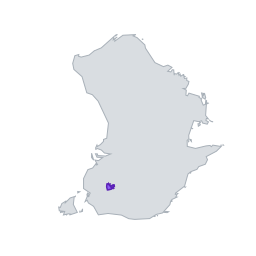 location of Hay, New South Wales, Australia, rotated 75°
{"feature_id": "25037944B78300731498703", "entity_name": "Hay", "entity_type": "district", "adm_level": 2, "iso_a3": "AUS", "parent_name": "Australia", "parent_adm1": "New South Wales", "projection": "mercator", "projection_center": [144.56, -34.157], "detail": "fine", "context": "in_parent", "style": "filled", "palette": "violet", "viewbox_px": 256, "rotation_deg": 75, "n_neighbors": 0, "source": "geoboundaries", "source_scale": "gbopen_adm2", "svg_char_len": 4851}
<svg xmlns="http://www.w3.org/2000/svg" viewBox="0 0 256 256"><g transform="rotate(75 128 128)"><path d="M173.3,48.6L175.9,59.9L179.2,59.4L183.0,62.7L183.6,69.7L185.8,72.1L186.4,78.6L188.0,82.0L198.8,88.4L203.2,99.0L204.4,99.5L204.6,97.6L207.0,99.6L207.4,98.6L208.4,104.0L209.8,105.7L212.9,107.4L219.0,116.7L218.8,123.0L221.1,130.6L218.0,145.2L215.8,150.7L210.4,156.9L205.4,169.4L204.2,179.1L194.8,181.5L190.1,185.7L187.2,186.1L188.0,188.5L183.5,185.0L184.1,184.1L183.8,183.3L183.0,183.2L181.5,184.8L180.3,183.8L182.2,182.4L181.1,181.3L175.0,186.6L165.3,184.0L157.8,177.5L157.5,172.5L154.0,168.0L155.5,168.2L155.5,166.9L150.4,168.2L151.9,164.9L150.0,160.1L148.2,165.5L144.5,166.1L145.1,164.3L146.8,164.3L149.3,156.9L148.6,151.4L146.1,157.2L142.4,159.4L139.9,162.9L140.3,164.6L138.8,164.4L136.4,162.4L137.9,162.4L136.9,159.0L134.6,155.1L132.7,154.6L132.4,151.2L118.2,145.6L94.3,149.9L86.6,153.8L83.3,158.7L66.5,159.1L57.4,165.1L51.3,164.7L44.4,160.6L44.3,156.5L46.0,157.2L47.4,154.8L47.5,146.6L44.7,140.6L43.7,133.1L36.0,117.8L39.0,119.4L37.2,114.8L38.5,117.5L40.7,118.3L37.1,108.9L39.8,96.2L40.4,99.2L43.0,95.9L52.1,90.2L55.3,90.5L71.8,85.1L77.9,77.9L77.6,73.2L80.8,69.8L83.5,75.0L84.9,72.1L83.2,70.1L83.7,68.8L89.0,69.7L87.4,69.2L88.5,67.1L87.5,65.3L90.4,65.1L89.4,63.7L91.7,63.6L90.9,61.6L93.0,59.5L93.1,60.8L94.8,60.6L94.9,58.2L97.3,59.0L98.8,57.1L101.3,58.4L104.7,61.8L104.1,64.5L106.5,61.9L111.3,63.6L112.3,62.2L110.1,60.1L115.8,50.9L116.9,51.5L118.9,49.2L119.6,50.2L125.4,49.4L125.2,47.2L121.3,45.6L122.0,45.0L136.0,49.8L140.1,48.0L139.1,49.8L140.8,50.8L142.9,48.7L144.8,50.5L142.6,54.6L140.1,55.0L140.2,58.0L137.9,62.6L150.7,71.2L154.2,72.0L155.3,74.1L161.1,75.5L165.2,68.1L165.5,57.3L166.1,53.3L167.6,52.3L166.5,50.5L170.0,42.8L173.3,48.6ZM180.4,197.7L187.7,200.6L196.4,198.8L196.9,207.1L196.4,205.6L195.5,207.4L195.3,212.9L192.2,210.7L190.2,215.8L186.4,215.4L187.2,213.9L183.9,211.5L182.6,207.2L184.0,207.9L180.6,202.0L180.4,197.7ZM114.7,45.1L118.8,45.1L120.0,46.2L117.3,48.5L114.7,45.1ZM142.9,169.7L150.2,169.5L147.1,170.8L142.9,169.7ZM143.7,57.3L144.5,59.6L142.0,59.3L142.4,57.6L143.7,57.3ZM218.6,115.6L218.4,112.8L219.4,110.4L219.9,112.1L218.6,115.6ZM194.3,192.8L196.7,193.5L196.8,194.7L194.3,192.8ZM114.3,45.8L115.8,48.0L113.2,47.9L114.3,45.8ZM177.7,193.3L176.3,193.0L177.1,191.1L177.7,193.3ZM157.4,70.2L156.1,70.9L154.9,71.3L155.5,70.0L157.4,70.2ZM36.0,117.1L35.0,115.7L34.9,114.5L35.1,114.4L36.0,117.1ZM196.3,195.8L197.2,196.5L195.4,195.9L196.3,195.8ZM209.3,104.4L210.2,104.4L210.2,105.6L209.3,104.4ZM186.7,78.5L187.8,79.2L187.6,79.6L186.7,78.5ZM192.1,213.7L192.2,215.1L191.3,214.7L192.1,213.7ZM220.3,124.1L220.3,125.6L220.2,125.6L220.3,124.1ZM125.0,45.0L124.3,44.4L124.8,44.0L125.0,45.0ZM143.8,45.1L142.9,46.2L144.0,44.2L143.8,45.1ZM220.4,122.2L219.9,122.7L220.2,122.1L220.4,122.2ZM145.3,66.1L144.8,66.4L145.1,65.8L145.3,66.1ZM141.7,57.3L141.0,57.4L141.4,56.7L141.7,57.3ZM46.3,90.3L46.1,91.2L45.8,91.1L46.3,90.3ZM168.8,42.3L168.8,43.1L168.5,42.5L168.8,42.3ZM183.0,183.7L183.2,184.3L182.9,184.1L183.0,183.7ZM142.6,46.6L141.3,47.4L142.6,46.4L142.6,46.6ZM91.0,60.5L90.5,61.1L90.8,60.4L91.0,60.5ZM192.6,212.7L192.2,213.0L192.4,212.5L192.6,212.7ZM156.8,73.0L156.0,72.9L156.4,72.5L156.8,73.0ZM88.3,64.7L87.9,65.0L87.9,64.3L88.3,64.7ZM196.1,209.8L195.5,210.2L195.7,209.4L196.1,209.8ZM169.3,40.2L169.2,40.7L168.8,40.5L169.3,40.2ZM182.6,184.5L183.3,185.1L182.2,184.9L182.6,184.5ZM200.2,88.3L199.7,88.4L199.9,87.7L200.2,88.3ZM204.2,97.5L203.9,97.5L204.1,97.0L204.2,97.5ZM180.7,196.7L180.5,197.2L180.3,196.5L180.7,196.7Z" fill="#d9dde1" stroke="#a8b0b8" stroke-width="1"/><path d="M176.8,161.2L176.8,161.3L176.7,161.3L176.8,161.4L176.8,161.7L176.7,162.0L176.8,162.0L176.7,162.1L176.6,162.8L178.3,163.5L178.5,163.6L178.8,163.7L179.9,163.9L181.5,163.9L181.9,163.9L182.5,163.9L182.6,163.1L182.7,162.7L182.7,162.0L182.6,161.9L182.8,160.2L182.4,159.7L182.2,159.6L182.3,159.5L182.2,159.4L182.1,159.2L181.8,158.9L182.6,158.2L182.4,158.0L182.4,157.9L182.4,157.5L182.2,157.6L181.9,157.7L181.8,157.8L181.8,157.7L181.8,157.8L181.7,157.7L181.7,157.8L181.7,157.7L181.7,157.8L181.3,157.8L181.3,157.6L181.2,157.6L180.8,157.5L180.8,157.4L180.9,156.5L180.7,156.5L180.8,156.3L180.2,156.2L180.3,156.4L180.3,156.5L179.9,156.5L179.9,156.4L179.7,156.4L179.6,156.6L179.2,156.5L179.1,157.0L179.5,157.0L179.5,157.3L179.4,157.7L179.6,157.7L179.6,158.2L179.5,158.5L179.7,158.9L179.6,159.2L179.6,159.4L180.0,159.4L180.2,159.5L179.9,159.7L179.9,159.8L179.9,159.7L179.9,159.8L179.7,159.8L179.8,159.9L179.7,159.9L179.6,160.0L179.4,160.2L179.4,160.3L179.2,160.4L179.0,160.5L179.0,160.4L179.0,160.5L179.0,160.4L178.9,160.4L178.8,160.5L178.7,160.5L178.4,160.5L178.2,160.5L178.3,160.5L178.2,160.5L177.9,160.6L177.8,160.4L177.7,160.3L177.6,160.2L177.6,160.3L177.4,160.4L177.4,160.5L177.2,160.7L176.9,161.1L176.8,161.2Z" fill="#8b5cf6" stroke="#5b21b6" stroke-width="1.5"/></g></svg>